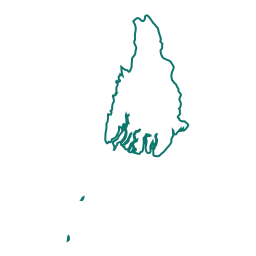 map outline of Ayeyarwady (Robinson projection)
{"feature_id": "MMR-3275", "entity_name": "Ayeyarwady", "entity_type": "Division", "adm_level": 1, "iso_a3": "MMR", "parent_name": "Myanmar", "parent_adm1": "", "projection": "robinson", "projection_center": [94.965, 16.268], "detail": "fine", "context": "isolated", "style": "outline", "palette": "teal", "viewbox_px": 256, "rotation_deg": 0, "n_neighbors": 0, "source": "natural_earth", "source_scale": "10m", "svg_char_len": 5969}
<svg xmlns="http://www.w3.org/2000/svg" viewBox="0 0 256 256"><path d="M185.9,122.4L188.1,124.5L188.2,125.8L186.0,128.6L184.3,130.3L183.5,130.6L182.6,130.5L182.6,130.1L182.9,129.5L183.0,128.5L182.2,129.3L181.7,130.2L181.1,130.9L180.0,131.0L180.3,129.2L177.1,132.7L176.1,134.3L175.2,134.5L174.3,134.3L173.8,133.6L173.6,131.7L173.3,130.8L172.9,130.3L173.2,135.2L172.9,136.3L171.7,138.3L171.4,139.2L171.4,141.7L171.2,142.3L170.2,144.3L163.9,151.7L161.2,153.9L159.8,155.3L159.1,155.9L158.3,156.2L157.3,156.3L154.4,155.9L153.7,155.6L153.4,155.0L153.2,150.0L153.5,149.5L154.0,149.2L154.5,148.5L154.7,147.6L154.6,146.8L155.7,145.7L156.4,144.2L156.8,142.5L157.0,140.8L157.0,139.7L156.1,137.3L156.0,136.3L156.5,135.1L156.7,134.1L156.4,134.1L155.6,135.1L155.3,135.6L155.2,136.2L155.4,137.0L156.0,138.6L156.1,139.6L156.0,141.9L155.8,142.5L154.5,144.4L153.8,146.7L152.8,148.0L151.8,148.4L151.2,147.1L151.5,146.0L152.3,144.7L152.9,143.2L152.7,141.5L151.2,144.2L150.5,145.9L150.3,147.6L150.6,151.4L150.0,152.6L148.3,153.1L147.0,152.5L146.2,151.0L145.7,149.1L145.7,147.1L146.7,141.4L146.3,139.7L145.4,142.5L144.9,140.4L145.5,138.3L146.7,136.6L148.3,135.9L149.8,136.0L150.3,135.9L150.6,135.6L150.5,135.4L149.2,135.1L149.0,134.6L148.7,134.5L147.2,135.0L146.9,134.8L146.6,134.1L146.3,134.1L146.0,135.0L144.7,136.9L143.7,137.9L143.6,139.2L143.8,141.8L143.8,143.2L143.0,149.6L142.6,150.8L142.1,151.6L140.4,152.2L139.9,153.3L139.5,153.8L137.8,153.8L136.2,153.1L134.2,152.8L133.7,152.4L134.2,151.5L135.7,150.5L135.9,149.9L135.9,149.5L135.5,148.6L135.3,148.5L134.5,149.7L134.0,149.9L133.8,148.7L133.9,147.0L133.8,146.4L133.2,144.9L133.2,144.3L133.4,143.6L134.4,142.1L134.9,141.8L135.6,141.7L136.4,141.4L137.0,140.7L137.2,139.7L135.6,140.8L135.4,139.9L135.2,137.6L134.5,136.0L134.4,135.2L134.7,134.4L135.5,133.0L136.1,132.3L136.9,131.9L138.7,131.4L139.4,130.7L140.0,129.8L140.2,128.9L139.1,130.4L138.0,130.6L137.2,131.0L136.2,131.0L135.8,131.2L134.6,133.1L134.1,133.5L133.8,134.6L133.8,136.8L134.5,139.2L134.7,139.6L133.7,141.7L131.0,143.6L130.5,144.6L129.2,147.8L128.1,149.0L127.3,149.4L126.4,149.5L125.3,149.1L124.9,148.4L124.7,147.5L124.3,146.4L124.2,147.3L123.7,147.2L123.1,146.6L122.8,145.7L127.3,142.6L128.6,140.8L129.0,138.3L130.1,136.9L130.4,136.0L130.4,135.0L131.3,134.1L131.3,133.4L130.5,134.0L130.1,134.6L129.5,136.2L128.3,138.4L127.4,140.6L125.9,141.9L123.4,144.6L122.2,145.2L121.2,145.0L121.0,143.6L122.2,141.9L124.6,139.4L125.5,137.6L126.2,135.5L126.6,133.2L126.4,131.0L125.8,129.4L125.6,128.5L126.5,126.8L127.4,123.6L127.6,123.3L128.1,123.2L128.6,123.3L128.6,122.9L128.1,122.4L127.4,117.5L127.4,116.9L127.6,116.3L128.6,115.6L128.6,114.9L127.0,115.7L126.5,115.6L126.1,114.5L125.8,115.6L126.4,120.1L126.4,123.1L126.2,123.9L125.2,125.2L124.7,127.2L123.9,128.4L123.0,129.3L122.0,129.6L121.9,129.3L123.4,127.1L124.3,125.0L124.0,124.1L123.5,124.2L123.0,125.0L122.7,126.7L122.0,127.6L121.5,127.8L121.0,127.7L120.0,126.8L119.2,126.6L118.9,127.0L119.1,129.1L119.0,130.3L118.5,132.0L116.3,136.3L115.0,137.9L113.6,138.7L112.7,138.8L112.0,139.2L111.6,139.9L111.4,141.3L111.1,141.9L110.3,142.2L109.3,142.2L108.7,141.8L107.8,143.0L107.1,143.3L106.6,142.9L105.5,140.9L105.3,140.2L105.3,139.4L105.5,133.6L106.5,127.7L106.4,123.9L106.6,123.3L107.5,121.9L108.1,117.9L107.9,114.7L108.1,114.2L109.7,114.7L110.7,114.7L111.2,113.7L111.5,112.1L111.4,111.4L110.6,111.0L110.6,110.7L111.7,110.1L112.1,109.2L112.2,105.9L112.9,103.1L113.7,102.0L113.9,101.4L113.8,99.2L113.6,98.4L113.1,97.1L112.9,96.4L113.0,95.6L113.4,95.3L114.3,95.7L114.8,95.6L115.4,95.2L116.7,93.2L115.8,93.2L116.2,92.4L116.4,91.5L116.4,87.5L116.6,87.0L117.3,85.8L117.8,84.2L117.6,83.4L116.4,82.7L116.2,82.1L116.2,81.4L116.7,80.9L118.8,81.9L120.0,81.0L120.0,80.5L119.8,80.1L118.8,79.5L118.7,78.8L118.8,76.5L119.1,75.8L119.8,75.7L120.3,75.4L120.3,74.2L121.5,74.7L122.0,75.1L122.5,75.6L121.7,72.3L121.3,66.9L124.3,69.3L125.2,69.8L127.0,70.1L128.8,71.7L129.2,71.8L129.6,71.6L131.1,68.6L131.6,66.8L131.7,62.9L132.0,61.1L132.0,59.6L132.1,58.7L132.4,57.8L134.7,54.9L135.3,53.3L135.6,50.5L136.2,48.9L136.2,47.1L134.5,43.7L134.2,42.4L134.2,41.6L135.0,39.5L134.9,34.3L135.7,30.2L135.7,27.4L135.2,25.3L133.3,21.2L135.4,19.3L136.6,18.4L137.7,18.1L139.0,18.4L140.1,19.3L141.1,20.4L142.2,21.0L143.4,21.0L144.3,20.2L145.0,18.0L145.0,16.8L145.4,16.0L146.3,15.5L147.4,15.4L149.3,17.4L152.7,22.2L153.1,22.6L153.3,23.1L154.4,24.1L156.4,26.6L157.6,27.7L158.5,30.4L158.5,31.6L158.9,32.5L160.6,37.8L160.8,39.6L160.3,41.7L161.4,42.6L162.2,43.5L162.4,43.8L162.1,45.7L162.2,47.8L162.0,48.5L160.6,50.2L160.6,51.2L160.9,53.5L161.6,55.5L162.5,57.1L163.5,58.2L164.3,58.6L165.1,58.8L166.4,59.6L169.5,60.8L170.5,61.6L171.4,62.9L173.8,66.9L173.3,69.2L172.0,72.2L171.3,75.2L171.4,76.7L172.0,80.0L173.1,81.0L173.5,82.0L174.0,82.6L174.9,83.3L176.0,84.5L177.5,87.6L178.1,88.2L178.4,88.9L178.4,90.8L178.5,91.2L178.9,91.8L179.8,92.8L180.7,94.0L180.9,95.4L179.9,97.5L179.4,98.6L179.4,99.8L180.6,102.4L180.9,103.8L180.7,105.7L180.1,107.4L179.6,108.0L179.0,108.4L179.4,109.4L179.6,109.5L179.9,110.3L179.8,112.4L180.2,113.4L179.7,114.4L178.1,116.1L177.7,117.2L178.1,117.7L178.9,118.2L179.1,118.7L179.2,119.4L179.9,120.3L180.9,120.9L182.1,121.3L184.3,121.3L185.0,121.6L185.4,122.1L185.9,122.4ZM125.5,130.4L125.7,132.9L125.1,135.5L124.0,137.9L121.8,141.0L121.3,141.4L120.6,141.8L118.2,142.7L117.2,143.4L117.3,144.6L116.8,145.3L115.8,146.2L115.4,146.8L115.6,147.6L115.2,148.4L114.2,149.9L113.9,149.9L113.9,149.5L114.5,148.3L114.2,146.4L113.0,143.3L113.3,141.7L114.5,140.8L116.1,140.0L117.6,138.7L119.1,135.5L120.4,134.1L123.2,130.4L124.6,129.1L125.5,130.4ZM132.7,144.5L133.0,146.0L133.5,148.0L133.3,148.6L132.5,150.2L131.8,152.1L130.6,152.4L129.3,152.0L128.3,151.3L128.3,151.0L129.2,150.3L129.8,149.3L130.7,147.1L131.9,145.2L132.7,144.5ZM68.8,236.8L69.0,239.1L68.7,240.0L67.8,240.6L68.2,236.9L68.3,236.2L68.5,236.1L68.8,236.8ZM81.3,200.0L81.8,199.4L82.1,198.5L82.6,197.7L83.5,197.2L83.5,197.5L82.6,199.4L82.0,200.1L81.3,200.0Z" fill="none" stroke="#0f766e" stroke-width="2"/></svg>